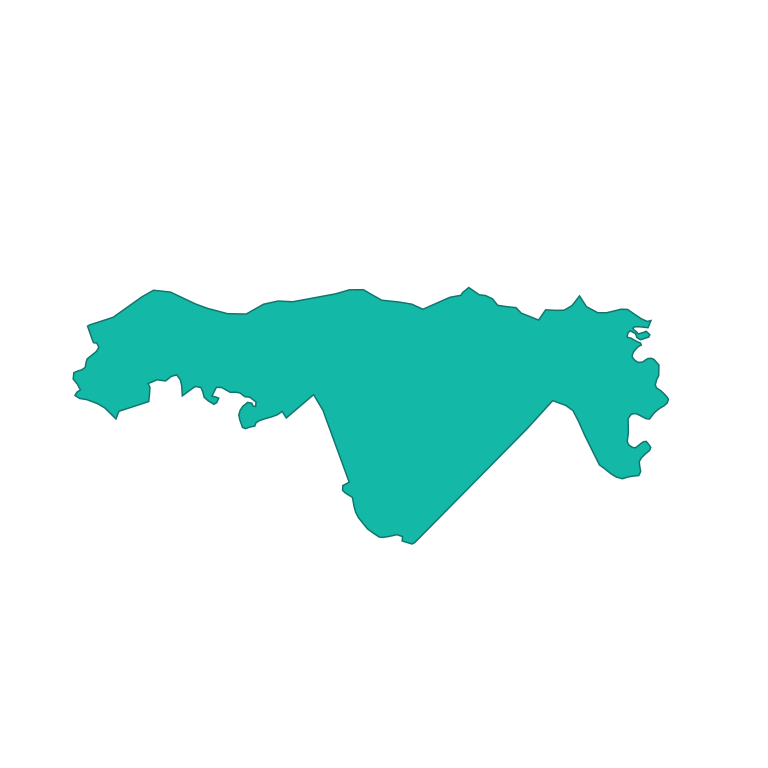 Bandar Baharu, Kedah, Malaysia, rotated 231°
{"feature_id": "92858781B61544181659283", "entity_name": "Bandar Baharu", "entity_type": "district", "adm_level": 2, "iso_a3": "MYS", "parent_name": "Malaysia", "parent_adm1": "Kedah", "projection": "mercator", "projection_center": [100.601, 5.207], "detail": "fine", "context": "isolated", "style": "filled", "palette": "teal", "viewbox_px": 768, "rotation_deg": 231, "n_neighbors": 0, "source": "geoboundaries", "source_scale": "gbopen_adm2", "svg_char_len": 3027}
<svg xmlns="http://www.w3.org/2000/svg" viewBox="0 0 768 768"><g transform="rotate(231 384 384)"><path d="M615.5,190.0L600.6,184.7L598.8,184.3L596.6,186.5L592.1,185.6L590.3,181.1L590.3,169.0L588.5,166.3L584.9,162.2L585.3,157.8L586.7,154.6L588.0,150.1L583.5,145.6L576.8,145.6L570.5,144.3L570.9,140.2L569.6,136.6L564.2,138.4L559.3,142.9L553.4,146.5L548.5,149.2L541.3,151.9L525.6,153.7L529.6,160.9L518.4,190.1L522.9,194.6L528.7,200.0L532.8,200.9L530.1,210.3L523.8,216.2L523.8,223.4L521.5,228.7L515.2,228.3L509.8,225.6L501.7,219.8L501.3,228.7L500.8,235.9L496.4,239.5L491.9,238.2L486.9,235.9L481.5,236.8L475.2,239.1L474.8,242.2L477.0,246.7L479.3,245.4L482.9,242.7L486.9,251.7L483.3,255.7L474.3,259.3L470.7,263.8L467.6,266.5L461.8,267.8L458.2,271.4L450.5,273.2L447.4,270.1L449.2,268.3L452.3,269.2L455.5,266.5L455.5,263.3L455.5,260.2L454.1,255.7L451.4,251.7L446.9,249.4L439.3,246.7L436.6,248.1L434.8,253.0L432.6,257.0L434.4,260.2L433.9,264.2L432.1,269.2L429.0,276.4L427.2,281.8L426.7,287.6L419.1,286.7L420.0,322.6L402.0,320.0L329.7,295.2L330.1,292.5L331.0,288.1L327.4,284.9L323.4,285.4L315.7,288.1L307.6,283.6L302.3,281.3L296.0,280.0L288.3,280.0L281.6,280.0L273.5,282.2L268.1,284.0L265.4,286.7L262.3,292.1L258.7,299.3L253.7,302.4L250.6,299.3L242.0,305.1L241.4,307.9L259.2,467.2L264.9,504.6L252.9,511.8L244.5,514.1L233.0,511.8L217.8,507.7L201.4,504.0L185.6,500.5L179.8,502.0L170.9,504.0L165.5,506.0L160.3,509.7L158.3,514.9L155.4,520.1L155.0,520.6L152.5,524.4L154.5,528.4L159.7,531.3L163.1,533.6L164.6,537.6L165.2,543.4L165.2,548.6L166.9,551.4L169.2,551.7L174.4,551.7L175.8,549.4L176.1,546.0L176.1,542.5L176.1,539.4L178.4,537.1L182.7,535.9L186.2,536.8L192.5,543.4L203.5,551.9L204.8,556.8L204.0,559.0L202.4,561.2L198.9,562.9L192.3,565.8L189.7,568.2L190.4,571.2L191.3,575.0L191.7,579.5L191.5,583.5L190.8,588.1L191.0,592.2L193.2,595.5L196.3,595.8L200.2,595.5L204.4,594.9L209.7,593.3L212.7,594.4L215.8,598.6L217.6,602.7L225.7,609.6L233.1,609.3L235.9,607.8L237.7,605.0L238.1,602.5L238.3,598.8L241.0,594.9L245.3,593.8L248.2,593.8L249.9,594.7L251.7,597.7L252.6,601.4L253.0,604.9L252.4,608.5L254.5,609.1L257.2,607.6L260.2,606.3L263.8,605.0L267.3,602.5L268.4,603.4L270.1,605.8L270.3,608.9L264.9,611.1L260.9,609.8L257.0,611.1L255.6,614.8L253.9,619.2L255.0,621.6L260.0,620.9L260.9,617.9L262.9,613.1L265.5,613.1L268.4,612.4L270.7,612.4L270.7,614.8L268.1,618.1L264.9,621.4L261.6,624.6L265.3,631.4L266.9,628.0L272.5,625.1L281.6,622.3L288.7,620.2L292.9,615.3L299.2,602.0L304.8,595.0L316.7,590.0L329.4,591.4L326.6,579.5L328.0,570.4L332.9,564.1L339.9,556.3L336.4,544.4L352.6,535.3L360.3,534.6L366.6,528.3L373.6,521.9L382.0,521.9L389.1,518.4L393.3,514.2L405.6,510.6L405.6,502.8L404.5,499.7L409.9,489.8L417.6,461.3L428.6,455.8L438.5,447.0L450.5,435.0L461.5,430.6L470.3,427.3L479.0,416.3L484.5,403.2L498.8,376.8L505.4,364.8L515.2,353.8L521.8,340.6L525.1,320.9L537.2,306.6L553.6,294.6L564.6,288.0L589.8,275.9L601.9,263.9L604.1,250.7L605.2,233.1L606.3,215.6L609.6,206.8L615.1,192.6L615.5,190.0Z" fill="#14b8a6" stroke="#0f766e" stroke-width="1.5"/></g></svg>